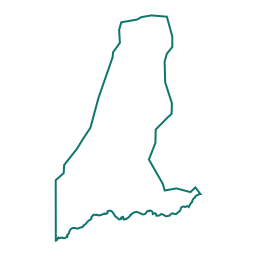 Fray Marcos, Florida, Uruguay
{"feature_id": "84410073B87921913847121", "entity_name": "Fray Marcos", "entity_type": "district", "adm_level": 2, "iso_a3": "URY", "parent_name": "Uruguay", "parent_adm1": "Florida", "projection": "robinson", "projection_center": [-55.745, -34.114], "detail": "fine", "context": "isolated", "style": "outline", "palette": "teal", "viewbox_px": 256, "rotation_deg": 0, "n_neighbors": 0, "source": "geoboundaries", "source_scale": "gbopen_adm2", "svg_char_len": 4932}
<svg xmlns="http://www.w3.org/2000/svg" viewBox="0 0 256 256"><path d="M188.8,207.0L189.3,206.1L189.8,204.7L190.7,203.7L191.3,202.5L192.1,202.1L192.3,200.8L193.0,199.5L193.5,198.5L194.6,198.0L195.2,196.7L196.4,195.5L198.0,195.0L199.2,194.0L200.3,194.0L195.4,187.4L190.4,192.1L176.4,188.4L164.7,190.5L162.8,183.8L148.9,159.6L155.4,142.9L155.7,129.5L167.3,117.8L171.6,113.8L171.9,103.3L165.2,82.4L164.6,61.7L166.8,53.8L172.3,47.0L172.3,36.6L166.9,16.7L151.3,15.4L141.1,17.2L137.3,19.5L121.3,22.3L119.1,29.8L119.9,42.8L113.1,52.2L112.6,57.3L98.5,97.8L90.4,127.8L83.9,137.5L77.0,148.7L64.1,165.1L63.7,173.1L55.7,180.2L55.8,240.6L56.2,240.5L56.3,240.5L56.5,240.4L56.7,240.2L56.7,239.9L56.8,239.9L56.9,239.7L57.0,239.5L57.1,239.4L57.4,239.2L57.5,239.1L57.6,238.9L57.8,238.5L57.8,238.4L58.0,237.9L58.1,237.7L58.3,237.5L58.5,237.5L58.8,237.9L59.0,238.0L59.3,238.0L59.5,238.1L59.8,238.2L60.0,238.1L60.2,237.9L60.3,237.9L60.7,237.8L60.9,237.7L61.1,237.7L61.4,237.7L61.7,237.7L62.2,237.6L62.4,237.6L62.5,237.7L62.6,237.8L62.9,238.0L63.1,238.0L63.6,238.2L64.1,238.2L64.3,238.2L64.7,238.1L65.2,237.9L65.4,237.8L66.0,237.4L66.5,237.2L67.1,237.1L67.4,236.9L67.5,236.6L67.5,236.4L67.4,236.3L67.4,236.2L67.2,236.1L67.0,235.9L66.9,235.9L66.9,235.5L66.9,235.4L67.2,235.1L67.5,234.8L67.6,234.7L67.9,234.4L68.1,234.3L68.2,234.1L68.5,233.7L68.9,233.2L69.1,232.9L69.1,232.7L69.2,232.1L69.3,231.9L69.4,231.6L69.7,230.7L69.9,230.4L70.0,230.2L70.4,229.7L71.0,228.9L71.3,228.7L71.5,228.7L71.8,228.6L72.0,228.4L72.3,228.2L72.9,228.0L73.3,228.0L73.7,227.9L73.8,227.9L74.0,227.9L74.4,228.0L74.6,228.0L74.8,228.1L75.0,228.1L75.6,228.1L76.1,228.4L76.4,228.4L76.6,228.4L76.8,228.4L77.1,228.4L77.5,228.5L77.9,228.5L78.1,228.4L78.5,228.4L79.4,227.9L80.3,227.6L80.7,227.4L80.9,227.3L81.2,227.3L81.4,227.3L81.8,227.3L82.1,227.3L82.5,227.1L82.7,226.9L82.8,226.8L82.9,226.6L83.1,226.4L83.1,226.2L83.3,226.1L83.4,225.9L83.5,225.5L84.3,225.0L85.1,224.5L85.3,224.3L85.7,223.9L86.0,223.6L86.2,223.4L86.4,223.1L86.6,222.8L86.8,222.6L86.9,222.4L87.2,222.1L87.4,221.9L87.6,221.7L87.9,221.5L88.1,221.2L88.3,221.0L88.5,220.8L88.8,220.6L89.2,220.3L89.6,220.0L89.9,219.9L90.1,219.8L90.6,219.5L90.8,219.4L91.1,219.2L91.3,218.9L91.3,218.6L91.3,218.1L91.3,217.9L91.3,217.3L91.6,217.1L91.7,216.9L92.0,216.5L92.3,216.1L92.5,215.9L92.7,215.5L93.0,215.2L93.3,214.9L93.7,214.8L94.0,214.7L94.4,214.8L94.8,214.8L95.0,214.8L95.4,214.9L95.6,215.0L95.8,215.1L96.0,215.1L96.4,215.0L96.6,214.9L96.8,214.8L97.0,214.7L97.3,214.7L97.5,214.8L98.0,215.2L98.2,215.3L98.4,215.4L98.6,215.4L98.8,215.4L99.3,215.3L99.5,215.3L99.9,215.2L100.2,215.2L100.3,215.2L100.6,215.0L101.0,214.8L101.3,214.8L101.5,214.8L102.1,214.7L102.3,214.6L102.6,214.4L103.0,214.2L103.6,213.9L103.9,213.8L104.0,213.7L104.3,213.5L104.5,213.5L104.9,213.9L105.0,214.0L105.4,214.0L105.6,214.0L105.8,213.9L106.0,213.7L106.3,213.6L106.6,213.5L106.9,213.5L107.2,213.4L107.3,213.3L107.4,213.2L107.5,213.1L107.5,212.7L107.5,212.2L107.5,211.8L107.5,211.6L107.6,211.4L107.8,211.3L108.0,211.2L108.3,211.1L109.2,210.8L109.5,210.8L109.8,210.7L110.1,210.7L110.3,210.7L110.9,210.9L111.4,211.1L112.2,211.9L112.4,212.1L112.6,212.3L112.8,212.5L113.0,212.9L113.2,213.1L113.4,213.4L113.6,213.6L113.8,213.9L114.0,214.1L114.1,214.3L114.2,214.5L114.4,214.8L114.5,215.1L114.7,215.4L114.8,215.5L114.9,215.9L115.1,216.0L115.3,216.2L115.4,216.4L115.6,216.5L115.9,216.9L116.1,217.1L116.4,217.3L116.7,217.5L117.1,217.7L117.2,217.8L117.5,217.9L117.7,218.1L117.8,218.3L118.0,218.4L118.4,218.8L118.5,218.9L118.5,219.0L118.8,219.2L118.9,219.3L119.0,219.4L119.3,219.4L119.5,219.4L120.1,219.2L120.4,219.2L120.6,219.2L120.8,219.0L121.1,218.9L121.2,218.6L121.1,218.3L121.2,218.0L121.2,217.9L121.2,217.6L121.3,217.5L121.6,217.4L122.1,217.1L122.3,217.0L122.6,216.9L122.9,216.8L123.0,217.0L123.3,217.4L123.3,217.6L123.3,217.8L123.3,218.2L123.3,218.5L123.4,218.9L123.5,219.0L123.7,219.3L123.9,219.4L124.0,219.5L124.3,219.5L124.4,219.4L124.6,219.3L124.7,219.2L124.8,219.2L125.0,219.1L125.5,219.1L125.9,219.1L126.1,219.1L126.3,219.1L126.5,219.0L126.7,218.8L126.8,218.7L126.9,218.4L127.0,218.3L127.2,218.1L128.3,217.6L128.5,217.4L128.8,217.1L128.9,216.9L129.0,216.8L129.5,216.5L129.6,216.4L129.7,216.2L129.8,216.1L129.9,215.9L130.1,215.6L130.2,215.3L130.2,215.1L130.3,215.0L130.6,215.0L130.6,214.9L130.9,214.7L131.0,214.6L131.3,214.4L131.5,214.2L132.0,213.7L133.4,212.8L134.6,212.3L136.2,211.8L137.5,212.2L139.2,212.8L140.9,213.6L142.2,214.3L143.9,214.3L145.1,214.0L145.9,213.1L146.7,211.8L148.1,210.8L149.0,211.2L149.7,210.5L151.0,210.8L152.3,211.6L152.8,212.8L152.8,214.1L153.7,213.8L154.7,213.2L155.7,213.5L156.2,214.6L156.4,215.7L158.5,215.7L160.1,215.0L161.0,214.1L161.9,214.1L163.6,214.9L164.8,215.6L166.2,216.3L167.8,216.0L169.5,215.6L170.7,214.2L171.8,213.5L173.0,213.4L174.5,214.0L176.1,214.1L177.7,212.6L179.6,211.2L180.5,209.9L180.8,208.1L182.2,206.8L183.7,206.5L185.3,207.0L187.2,206.1L188.3,206.5L188.8,207.0Z" fill="none" stroke="#0f766e" stroke-width="2"/></svg>